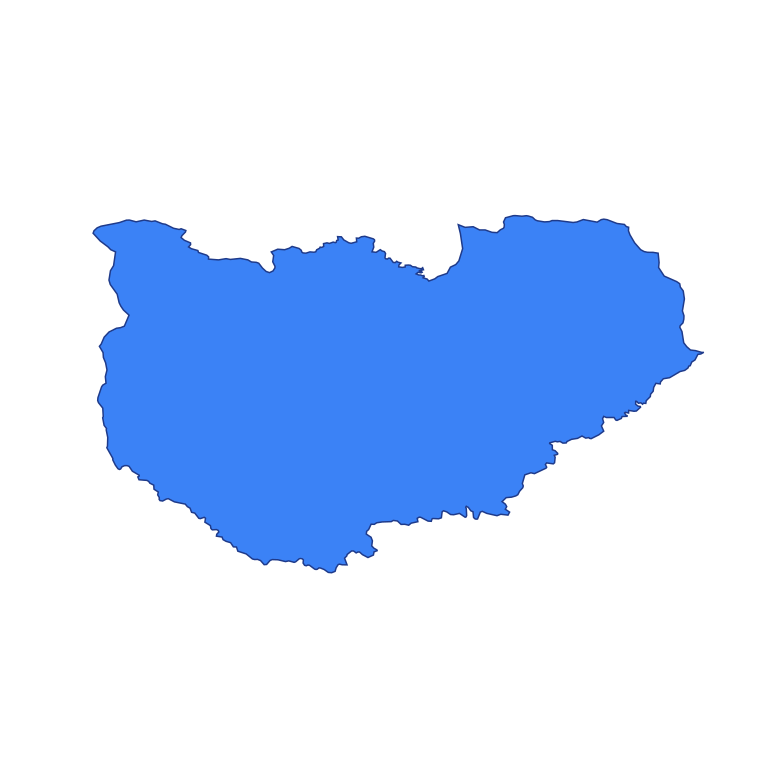 Bucarasica, Norte de Santander, Colombia, rotated 99°
{"feature_id": "7082276B82300032376123", "entity_name": "Bucarasica", "entity_type": "district", "adm_level": 2, "iso_a3": "COL", "parent_name": "Colombia", "parent_adm1": "Norte de Santander", "projection": "equal_earth", "projection_center": [-72.918, 8.084], "detail": "fine", "context": "isolated", "style": "filled", "palette": "blue", "viewbox_px": 768, "rotation_deg": 99, "n_neighbors": 0, "source": "geoboundaries", "source_scale": "gbopen_adm2", "svg_char_len": 6151}
<svg xmlns="http://www.w3.org/2000/svg" viewBox="0 0 768 768"><g transform="rotate(99 384 384)"><path d="M215.0,335.6L223.4,332.1L238.0,327.5L250.7,329.3L254.8,331.8L258.2,336.7L264.9,339.0L269.5,347.7L272.2,350.3L275.3,355.8L273.6,357.8L273.0,362.0L271.6,361.1L270.6,361.6L271.1,362.9L270.6,364.9L270.9,366.7L270.2,369.5L268.4,367.9L268.4,364.8L267.7,363.8L267.0,364.5L266.8,367.4L265.0,362.9L263.1,364.0L264.3,365.1L264.4,367.3L264.1,370.0L263.5,370.8L263.7,374.3L262.6,376.4L262.7,378.6L263.4,381.6L265.1,381.4L266.0,384.2L266.0,387.8L264.2,387.9L261.8,386.2L261.5,389.2L260.8,390.7L262.3,391.8L262.5,393.9L258.8,397.7L259.0,399.2L260.1,400.2L260.0,402.1L259.1,402.8L254.8,402.9L253.2,404.3L252.9,406.7L251.9,408.7L255.2,412.4L255.3,416.5L250.4,415.5L246.8,416.6L244.3,415.6L243.0,416.0L242.3,417.3L241.1,426.0L242.1,429.4L244.0,431.8L244.2,434.1L247.8,433.2L250.2,438.5L250.0,440.9L248.0,446.2L245.3,449.1L245.7,452.9L248.9,451.8L249.7,453.2L251.5,453.4L252.0,454.1L251.8,456.4L253.7,459.9L253.5,462.4L254.8,465.7L257.6,465.1L258.8,466.8L258.8,468.5L260.0,468.9L262.0,471.5L264.1,472.1L264.8,473.8L265.1,477.8L267.0,481.6L267.2,484.5L266.4,486.0L264.9,486.6L263.4,489.1L262.5,496.3L264.7,498.8L266.9,503.1L267.5,510.1L271.2,516.0L274.3,513.1L280.7,513.0L284.8,510.1L286.4,509.9L289.7,511.3L291.9,514.5L291.3,518.0L288.5,522.2L284.3,526.6L283.8,529.1L284.2,534.0L282.7,537.9L282.4,545.5L285.0,555.2L284.9,559.6L287.3,566.9L288.1,576.9L285.9,577.1L284.5,579.2L283.1,587.8L281.3,588.7L280.5,595.4L279.2,598.5L276.6,596.8L274.9,597.2L273.3,603.6L271.1,607.3L269.1,606.8L265.0,603.9L263.4,603.7L262.4,608.7L263.4,610.5L263.1,616.2L260.4,624.9L260.4,627.9L258.7,635.6L259.8,638.9L259.6,646.5L262.6,654.2L261.9,661.1L262.5,664.1L266.0,670.7L272.4,688.2L274.6,691.7L278.0,694.4L280.6,694.9L287.2,686.6L291.7,678.1L294.1,674.9L295.5,669.8L309.4,669.6L314.9,671.9L324.4,671.9L328.6,669.9L337.0,661.6L345.2,658.3L348.3,656.1L351.7,652.9L355.9,646.6L367.5,649.5L369.6,653.1L370.8,657.0L375.6,663.7L381.5,667.7L388.9,669.6L391.3,671.0L396.9,666.4L401.7,665.3L406.6,662.3L413.5,659.8L420.3,660.4L426.7,658.7L429.1,661.6L431.0,662.5L442.2,664.4L445.1,664.2L447.1,663.1L451.8,658.0L460.1,656.2L461.3,656.6L468.6,654.0L471.4,651.1L472.8,651.2L480.0,648.5L488.7,647.4L490.3,647.8L499.9,640.2L501.4,640.0L506.2,636.6L509.3,633.5L509.8,632.0L509.2,630.9L506.7,629.8L505.2,627.4L504.8,625.0L505.2,622.9L509.5,618.9L512.4,611.5L513.2,611.4L514.3,612.6L516.9,611.0L516.3,603.1L517.0,601.2L518.6,599.7L519.9,595.6L523.9,594.7L526.0,590.0L528.9,590.2L531.3,588.2L533.2,588.0L534.2,587.0L534.2,584.3L531.7,581.0L531.0,579.1L533.2,572.6L533.7,561.5L535.9,559.0L537.0,556.1L540.8,554.0L541.1,550.7L545.6,545.9L545.7,544.4L543.8,540.7L544.5,539.3L548.5,539.3L551.0,533.3L553.7,532.4L554.6,531.4L554.9,530.6L554.0,526.7L554.5,524.9L556.0,524.0L558.6,525.7L560.5,525.7L560.5,520.0L562.9,518.6L564.1,515.4L564.7,510.7L568.4,507.3L568.1,504.2L572.0,502.2L573.4,493.5L577.4,486.6L577.6,484.3L577.0,481.5L577.7,478.3L581.2,474.1L580.6,471.7L576.1,468.9L574.9,466.9L574.2,461.2L574.8,453.5L573.6,450.4L574.2,444.9L573.5,443.5L569.8,440.3L569.4,439.1L569.5,437.2L570.4,436.1L573.5,435.9L575.5,434.1L575.7,432.4L574.7,430.8L574.7,429.2L577.7,423.5L577.8,422.2L577.5,421.1L575.8,419.4L575.7,418.0L576.6,414.1L578.8,409.6L578.6,406.2L576.7,403.0L572.9,402.5L569.5,401.0L568.9,399.8L569.1,397.0L568.4,392.2L562.2,395.7L559.7,393.9L558.1,393.7L554.0,389.9L553.7,387.9L555.2,385.1L554.0,383.4L553.8,381.8L555.9,378.6L557.9,372.7L554.6,367.7L551.4,367.6L549.7,364.7L549.0,365.0L547.7,368.4L545.8,370.8L540.7,370.9L537.4,372.8L535.0,378.0L532.2,378.1L530.2,376.4L524.5,374.8L524.1,371.6L522.2,369.5L520.5,364.1L518.8,355.3L517.3,353.5L517.2,349.3L520.0,345.2L519.3,341.5L519.6,337.5L517.2,335.4L514.7,329.0L511.5,330.2L510.0,328.4L509.9,326.9L512.5,319.1L512.2,315.8L509.8,315.5L509.2,314.7L508.6,309.0L507.2,306.4L501.2,306.6L499.9,305.4L500.5,302.0L502.5,297.8L502.2,294.7L500.0,289.2L502.9,283.0L502.4,282.1L501.0,281.8L494.3,283.2L493.0,284.0L491.9,283.6L492.7,281.4L495.6,278.5L496.3,276.1L501.7,274.7L502.8,273.4L503.1,272.0L502.7,270.5L495.4,268.8L494.4,267.0L495.7,262.3L496.4,251.8L494.4,248.3L494.1,241.0L490.9,239.9L488.7,244.6L485.9,243.6L483.7,245.3L481.7,249.0L477.1,245.5L475.8,240.3L473.9,236.3L472.4,234.5L468.7,233.3L464.7,230.7L462.9,230.5L460.7,231.8L451.7,230.7L448.7,225.0L449.0,221.4L441.8,210.8L440.7,210.3L438.3,212.0L436.5,211.1L436.4,204.3L435.1,203.2L429.6,203.5L427.8,204.7L426.3,201.6L425.3,201.6L423.1,204.6L422.6,207.4L418.2,208.2L416.9,211.1L416.2,211.1L413.8,205.9L414.0,203.8L413.2,201.1L414.4,198.1L413.9,195.6L413.6,194.7L412.2,194.3L409.3,190.1L407.4,184.3L404.4,180.3L405.9,176.3L404.9,173.3L405.5,172.6L405.6,170.9L400.6,163.9L396.2,159.6L391.4,162.7L387.6,161.0L384.1,162.7L381.6,161.9L382.3,159.1L381.1,151.5L383.3,149.5L383.5,148.2L380.9,144.2L378.9,143.8L377.9,138.9L377.3,138.9L377.0,140.1L375.0,141.9L374.2,141.3L374.4,137.9L371.8,138.2L371.8,132.8L371.2,130.5L366.8,127.0L366.1,127.3L366.1,129.6L364.6,132.3L361.7,132.7L361.6,131.8L363.2,129.7L362.4,127.4L363.5,125.4L362.4,124.8L362.2,122.4L359.5,122.4L354.8,119.0L352.4,119.1L349.0,117.0L345.2,117.1L340.8,115.6L340.7,111.2L338.7,111.2L335.1,108.9L333.1,102.9L325.4,93.6L323.5,89.1L320.7,86.3L318.7,85.8L318.0,84.4L314.2,83.5L311.6,80.6L305.6,78.6L304.8,75.8L302.7,73.1L303.1,75.0L302.3,81.6L302.5,86.6L299.8,90.8L296.4,94.4L285.6,97.9L281.7,100.7L280.1,100.6L276.9,98.3L273.1,98.0L269.7,98.4L265.1,100.7L253.0,100.6L245.3,103.0L241.9,106.5L238.7,107.6L237.1,110.9L233.6,124.1L226.0,131.0L221.0,131.3L211.9,133.7L211.9,138.9L212.7,144.3L212.5,147.8L211.2,151.5L205.4,158.5L198.2,164.4L194.5,166.5L190.9,166.9L190.6,169.3L188.8,171.5L189.0,179.0L186.8,189.3L186.8,192.7L187.7,195.2L190.8,198.8L190.4,212.9L193.8,218.8L194.9,222.5L195.4,238.0L196.3,243.6L197.7,246.0L198.8,250.8L198.8,257.9L198.3,260.2L196.1,263.4L195.5,267.7L195.5,269.7L196.7,274.0L197.1,280.3L197.5,282.6L200.8,290.0L205.3,291.3L207.6,290.1L210.3,289.9L211.5,290.4L213.5,293.2L216.8,295.9L217.3,301.1L216.0,308.2L216.9,313.7L214.7,320.5L216.6,328.4L215.0,335.6Z" fill="#3b82f6" stroke="#1e3a8a" stroke-width="1.5"/></g></svg>